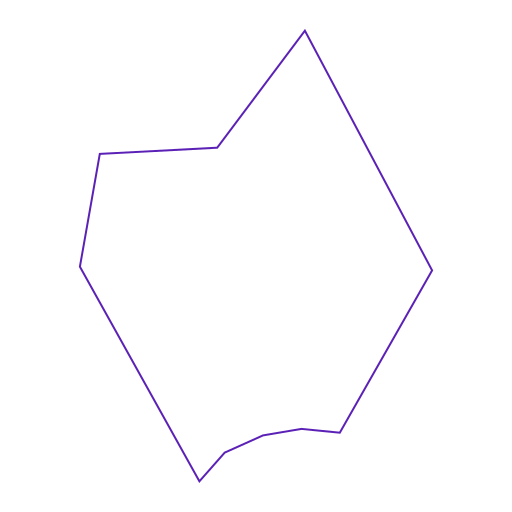 an SVG outline of Ormoc
{"feature_id": "PHL-5534", "entity_name": "Ormoc", "entity_type": "Independent Component City", "adm_level": 1, "iso_a3": "PHL", "parent_name": "Philippines", "parent_adm1": "", "projection": "equal_earth", "projection_center": [124.578, 11.07], "detail": "fine", "context": "isolated", "style": "outline", "palette": "violet", "viewbox_px": 512, "rotation_deg": 0, "n_neighbors": 0, "source": "natural_earth", "source_scale": "10m", "svg_char_len": 256}
<svg xmlns="http://www.w3.org/2000/svg" viewBox="0 0 512 512"><path d="M339.8,432.7L301.4,428.9L263.0,435.4L224.7,452.6L199.4,481.3L79.9,266.7L99.8,153.9L217.2,147.7L304.9,30.7L432.1,270.4L339.8,432.7Z" fill="none" stroke="#5b21b6" stroke-width="2"/></svg>